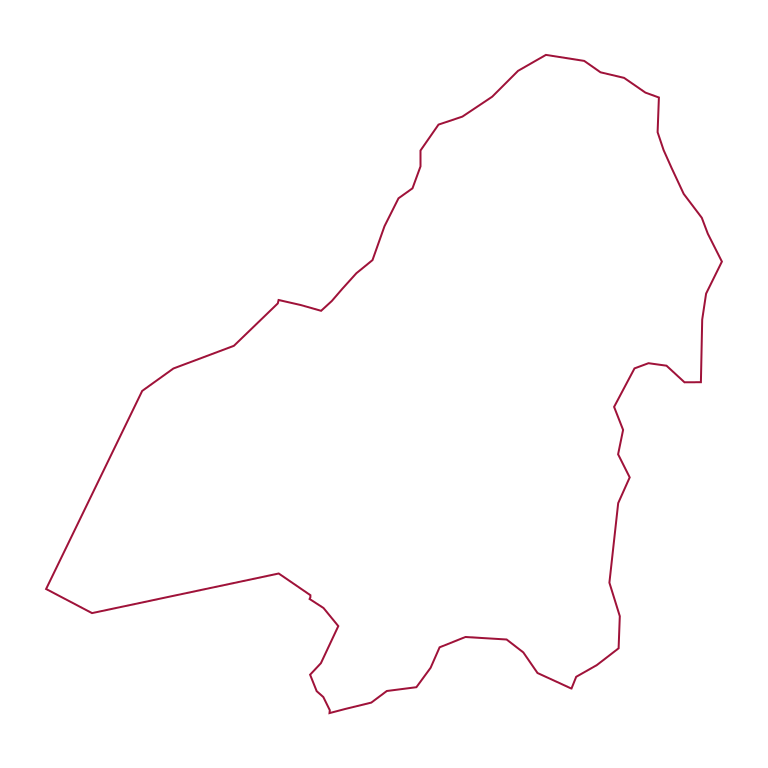 the district of Motala, Östergötland, Sweden
{"feature_id": "70781695B67213820771723", "entity_name": "Motala", "entity_type": "district", "adm_level": 2, "iso_a3": "SWE", "parent_name": "Sweden", "parent_adm1": "Östergötland", "projection": "albers", "projection_center": [15.209, 58.662], "detail": "fine", "context": "isolated", "style": "outline", "palette": "rose", "viewbox_px": 768, "rotation_deg": 0, "n_neighbors": 0, "source": "geoboundaries", "source_scale": "gbopen_adm2", "svg_char_len": 1052}
<svg xmlns="http://www.w3.org/2000/svg" viewBox="0 0 768 768"><path d="M329.5,713.1L345.5,708.9L371.3,702.6L386.8,691.0L416.4,687.2L430.6,667.8L439.6,647.3L465.4,637.0L506.6,639.5L523.3,652.4L537.5,673.0L571.0,688.4L571.5,688.5L576.2,676.8L596.8,665.1L618.6,648.3L619.8,616.2L609.4,582.7L618.2,503.1L629.7,477.4L618.1,454.3L623.1,429.9L614.1,406.9L634.5,368.4L648.5,363.2L666.5,365.7L684.5,382.3L700.9,382.2L702.2,319.6L706.1,293.6L721.9,261.6L707.8,233.7L701.8,217.8L683.7,193.9L671.6,168.0L663.6,150.1L657.6,132.2L658.9,97.5L645.4,92.6L624.1,77.9L600.5,72.3L585.5,61.8L584.2,60.9L545.9,54.9L518.1,70.8L492.2,96.7L462.4,116.6L438.5,124.6L420.5,150.5L420.5,166.4L412.5,188.3L398.5,198.3L384.5,226.2L372.5,260.1L356.4,273.2L342.4,288.7L331.8,301.0L321.1,310.8L300.6,305.0L278.6,300.0L277.8,303.4L233.9,345.8L173.4,368.5L142.2,390.9L46.1,589.0L92.0,613.1L278.7,573.5L310.4,595.2L310.4,597.2L309.6,599.0L323.5,608.0L338.3,626.1L320.9,663.2L310.1,674.7L316.7,691.2L323.3,697.0L329.8,710.2L329.5,713.1Z" fill="none" stroke="#9f1239" stroke-width="2"/></svg>